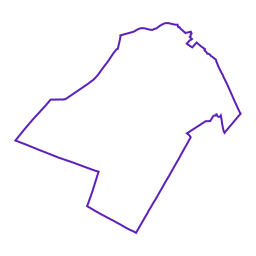 outline of Robanesti, Dolj, Romania
{"feature_id": "2599482B88574316896273", "entity_name": "Robanesti", "entity_type": "district", "adm_level": 2, "iso_a3": "ROU", "parent_name": "Romania", "parent_adm1": "Dolj", "projection": "mercator", "projection_center": [24.033, 44.301], "detail": "fine", "context": "isolated", "style": "outline", "palette": "violet", "viewbox_px": 256, "rotation_deg": 0, "n_neighbors": 0, "source": "geoboundaries", "source_scale": "gbopen_adm2", "svg_char_len": 4598}
<svg xmlns="http://www.w3.org/2000/svg" viewBox="0 0 256 256"><path d="M136.0,232.9L145.6,216.2L146.8,214.3L148.0,212.1L148.8,210.5L151.4,206.2L153.0,203.4L153.8,202.1L154.5,201.0L155.9,198.8L159.7,192.0L162.3,187.6L163.9,184.6L165.7,181.5L168.0,177.6L168.7,176.5L169.5,175.2L170.2,173.8L171.3,171.8L172.7,169.4L174.4,166.3L177.0,161.8L179.2,158.0L183.5,150.1L186.3,145.2L190.7,137.2L189.5,135.6L188.8,134.8L186.9,133.3L188.0,132.6L189.2,131.9L190.0,131.3L194.1,128.7L197.2,126.7L205.7,121.2L207.9,121.2L210.2,121.0L211.6,118.8L212.5,117.3L213.4,115.9L214.2,115.6L214.6,115.5L214.9,115.5L215.3,115.5L215.7,115.2L216.2,114.5L216.4,114.2L216.5,114.2L216.6,114.3L216.7,114.6L216.8,114.9L217.0,115.2L217.2,115.6L217.3,116.0L217.5,116.2L217.9,116.5L218.1,116.6L218.4,116.8L218.8,116.8L219.2,116.8L219.6,116.7L220.1,116.3L220.6,115.7L220.8,115.4L221.1,116.7L221.2,117.6L221.4,118.8L221.8,121.3L222.2,124.0L222.6,126.2L223.0,128.5L223.3,129.5L223.5,130.4L223.9,131.5L224.2,132.3L224.6,132.9L224.8,132.6L224.9,132.3L225.4,131.7L226.5,130.4L230.3,125.8L231.2,124.8L232.3,123.5L233.9,121.5L235.0,120.2L236.4,118.6L238.4,116.2L239.1,115.4L239.7,114.8L240.2,114.3L240.6,113.9L240.5,113.5L239.6,112.0L239.1,110.8L237.7,108.0L236.9,106.1L236.2,104.6L235.7,103.5L235.1,102.3L227.3,84.6L226.6,83.2L225.9,81.7L225.6,81.1L224.9,79.8L224.5,78.8L223.9,77.8L223.4,76.6L222.5,74.5L222.2,74.1L221.3,72.5L220.2,70.2L219.5,68.9L218.8,67.5L218.4,66.5L216.2,61.0L215.9,59.7L215.0,58.9L214.0,58.2L213.1,57.5L212.6,57.0L211.8,56.5L210.8,55.8L210.2,55.0L209.8,54.6L209.3,54.1L209.2,54.0L208.7,53.9L208.4,53.8L208.0,53.8L207.5,53.7L207.2,53.6L207.1,53.4L207.0,53.2L206.8,52.8L206.5,52.3L206.0,51.7L205.2,51.0L204.7,50.3L204.4,50.0L204.6,49.7L205.0,49.1L202.7,47.5L202.1,47.1L200.9,46.2L199.7,45.2L196.6,42.5L196.3,42.8L195.8,43.4L194.2,45.2L193.4,46.2L192.8,46.8L192.3,47.4L191.8,47.1L190.7,46.4L189.9,45.9L189.4,45.5L189.1,45.3L188.7,45.0L188.0,44.7L187.4,44.2L186.9,43.8L186.7,43.6L187.1,43.1L187.6,42.7L188.2,42.1L188.9,41.3L189.2,41.0L189.4,40.8L189.6,40.5L189.8,40.5L190.0,40.3L190.4,40.1L190.8,39.8L191.4,39.4L191.7,39.2L191.9,39.1L192.0,39.0L191.8,38.8L191.5,38.5L191.2,38.2L190.7,37.9L190.1,37.3L189.7,37.0L189.7,36.9L189.9,36.7L190.0,36.7L190.3,36.6L190.5,36.4L190.6,36.2L190.6,35.9L190.6,35.3L190.7,34.4L190.8,34.1L191.1,33.9L191.5,33.8L191.6,33.7L191.4,33.4L191.3,33.0L191.0,32.2L190.9,31.8L190.8,31.6L190.6,31.6L190.2,31.8L189.7,32.0L188.8,32.2L188.1,32.4L187.2,32.6L186.3,32.7L186.1,32.7L185.9,32.7L185.5,32.9L185.4,33.0L184.4,32.1L183.2,31.0L181.3,29.4L181.0,29.1L180.7,28.8L180.4,28.5L179.9,27.7L179.4,27.2L179.2,27.0L178.9,27.1L178.4,27.3L178.2,26.9L178.0,26.4L177.7,25.4L177.5,24.6L177.1,24.6L176.4,24.8L176.2,24.8L175.7,24.7L174.3,24.5L173.0,24.2L172.7,24.1L171.9,23.9L170.2,23.6L168.6,23.1L166.1,23.1L164.9,23.3L164.0,23.6L162.6,24.2L160.4,25.5L159.6,26.0L158.7,26.7L158.1,27.0L157.9,27.2L157.1,27.9L156.3,28.4L155.8,28.6L155.6,28.7L155.4,28.7L154.8,28.8L154.2,29.0L152.8,29.8L152.2,29.9L151.9,29.9L151.5,29.9L151.1,29.8L150.7,29.8L150.2,29.8L149.8,29.7L149.3,29.5L147.6,29.1L146.6,28.9L145.7,28.6L144.4,28.3L143.6,28.2L143.0,28.2L142.3,28.2L141.5,28.2L140.7,28.3L140.1,28.4L139.5,28.6L138.6,29.0L137.9,29.3L137.3,29.6L136.5,30.0L135.0,31.0L134.0,31.5L133.4,31.8L132.2,32.1L130.6,32.6L129.4,32.9L128.0,33.3L126.8,33.6L125.3,34.0L123.5,34.5L121.4,35.1L120.3,35.4L120.3,35.6L120.4,35.9L120.5,36.1L120.5,36.4L120.5,36.6L120.1,38.5L119.5,41.5L118.4,46.2L118.2,47.1L118.0,48.3L117.9,48.8L117.4,49.0L116.5,49.3L113.4,53.3L110.6,57.4L108.9,60.1L106.8,62.9L102.6,68.4L101.6,69.8L100.4,71.5L98.9,73.5L98.0,74.8L97.1,75.9L96.1,76.9L94.6,78.6L93.5,79.6L93.0,80.1L92.5,80.5L91.9,80.8L91.0,81.5L89.8,82.4L88.6,83.4L81.7,88.1L65.8,98.9L65.3,99.2L64.7,99.3L64.5,99.2L64.0,99.2L63.7,99.5L63.1,99.5L62.3,99.5L61.1,99.5L60.4,99.4L59.4,99.5L58.4,99.6L55.5,99.5L54.3,99.6L53.7,99.7L53.4,99.7L52.7,99.6L51.8,99.5L50.5,99.7L50.4,99.9L49.3,101.2L45.5,105.7L41.3,110.2L39.1,112.7L37.9,114.0L36.3,115.6L32.7,119.6L24.7,129.0L15.4,140.5L15.7,140.6L16.0,140.7L16.4,140.9L16.8,141.0L18.8,141.8L19.1,141.9L19.4,142.0L19.7,142.1L20.4,142.4L20.8,142.6L21.2,142.7L21.6,142.9L24.8,144.1L26.2,144.7L26.3,144.7L27.1,145.0L27.3,145.1L38.8,149.8L59.1,157.8L72.6,162.4L85.8,167.3L90.5,169.0L95.4,170.8L97.7,171.4L98.6,171.7L97.7,174.4L96.8,177.3L95.2,182.4L92.5,191.1L88.3,203.0L87.1,206.2L99.9,213.6L108.5,218.2L113.6,220.8L114.9,221.5L116.2,222.3L117.9,223.2L121.0,224.9L122.2,225.6L123.6,226.4L124.7,227.1L126.7,228.1L128.1,228.9L130.0,229.9L131.2,230.4L132.5,230.9L133.5,231.4L136.0,232.9Z" fill="none" stroke="#5b21b6" stroke-width="2"/></svg>